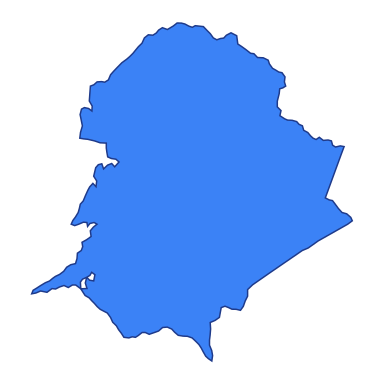 Jacinto Machado, Santa Catarina, Brazil (Equal Earth projection)
{"feature_id": "56859067B27526397401778", "entity_name": "Jacinto Machado", "entity_type": "district", "adm_level": 2, "iso_a3": "BRA", "parent_name": "Brazil", "parent_adm1": "Santa Catarina", "projection": "equal_earth", "projection_center": [-49.876, -29.0], "detail": "fine", "context": "isolated", "style": "filled", "palette": "blue", "viewbox_px": 384, "rotation_deg": 0, "n_neighbors": 0, "source": "geoboundaries", "source_scale": "gbopen_adm2", "svg_char_len": 3053}
<svg xmlns="http://www.w3.org/2000/svg" viewBox="0 0 384 384"><path d="M344.1,146.6L340.3,145.9L335.5,147.0L332.6,145.2L331.4,140.9L328.1,140.0L323.3,140.4L319.3,137.3L316.1,139.5L313.1,138.2L310.5,135.8L307.8,132.5L303.7,130.3L302.4,125.8L299.0,124.3L296.7,121.6L292.1,120.3L287.6,120.1L284.6,118.8L279.9,115.7L281.0,110.6L277.3,106.9L277.3,101.2L279.2,93.6L279.7,88.8L282.8,87.9L285.7,86.1L284.4,81.9L285.0,76.9L282.0,72.7L278.7,72.0L275.9,70.2L272.5,68.3L269.4,63.9L268.2,60.2L263.3,57.8L257.5,57.5L253.9,53.7L250.6,53.3L245.9,49.6L241.6,46.5L237.8,44.0L236.7,35.7L231.0,32.8L226.4,35.2L223.7,38.1L220.5,38.5L216.8,39.8L213.3,37.9L210.3,33.7L207.2,30.6L203.4,26.6L199.0,26.1L195.2,25.7L192.3,27.3L188.8,26.1L184.9,24.0L181.4,23.1L177.1,23.0L173.3,26.0L167.4,29.5L162.4,27.7L158.6,30.1L156.3,33.0L152.9,35.2L148.3,34.8L144.4,37.9L142.0,43.2L138.4,46.7L135.5,50.2L133.0,53.3L129.7,56.6L126.7,59.2L121.9,62.7L117.3,67.4L113.5,71.4L110.6,74.7L108.4,79.9L104.7,82.2L101.6,81.6L97.1,81.9L93.8,84.8L90.4,86.1L89.3,101.0L92.2,106.1L91.9,111.0L88.6,108.5L84.4,107.6L81.5,109.1L80.1,114.6L81.1,119.5L82.4,125.9L80.5,132.4L79.8,138.2L83.8,138.9L87.8,139.3L94.5,140.9L100.1,142.8L106.3,143.1L106.3,148.1L106.9,152.4L107.7,156.9L111.3,158.5L115.9,159.2L119.0,162.0L114.7,166.8L111.7,163.5L107.6,165.1L103.6,168.9L101.8,163.8L98.3,164.7L95.7,167.7L93.7,176.2L96.7,181.0L96.0,186.7L92.9,183.4L89.7,186.9L87.9,190.2L85.5,195.5L83.2,201.0L80.3,204.2L79.4,208.3L78.2,212.5L75.4,217.1L72.9,220.4L71.2,224.2L74.7,225.6L78.7,224.2L83.4,222.2L86.9,222.5L87.6,226.4L89.9,223.5L94.1,222.5L97.0,224.2L93.4,227.1L90.3,230.8L91.1,236.5L86.8,239.6L82.0,242.3L82.7,246.7L81.3,250.5L77.4,253.2L77.0,258.6L75.5,263.6L70.8,264.7L66.7,267.2L63.7,271.3L59.6,274.4L55.4,276.4L52.6,278.4L49.5,281.0L45.4,282.7L40.4,285.7L36.4,288.3L33.1,290.3L31.7,293.8L35.9,293.0L40.6,291.0L47.0,292.3L52.0,288.6L55.6,289.0L59.5,287.0L64.0,285.5L68.3,287.5L72.4,285.0L75.7,285.0L80.8,288.8L85.1,295.5L89.1,297.8L91.6,300.6L94.3,303.3L97.2,306.6L100.2,309.3L104.2,311.4L107.3,313.0L110.5,317.4L112.7,322.2L116.4,325.8L118.6,329.7L121.3,333.2L123.9,337.3L128.9,337.9L132.2,336.8L135.5,337.3L138.3,335.5L142.1,332.5L145.3,332.5L149.2,334.3L155.6,332.1L158.6,331.0L162.6,327.5L167.3,327.1L171.8,329.1L174.5,332.1L178.2,335.3L183.0,336.1L187.5,336.3L192.1,337.9L195.1,340.7L198.9,344.5L201.2,348.0L203.2,351.8L205.7,356.2L208.3,358.6L211.8,361.0L212.6,355.6L211.7,350.5L209.5,345.2L209.5,340.1L210.1,335.2L210.6,329.0L210.2,322.5L215.1,320.4L219.4,317.4L220.2,313.0L221.2,307.6L225.0,306.2L228.6,307.6L231.9,309.2L236.2,309.3L240.5,310.3L243.3,306.4L245.2,301.0L247.6,296.2L247.6,289.6L252.6,284.8L269.4,273.1L302.3,250.5L308.2,248.0L318.2,240.9L347.7,224.2L352.3,220.8L350.8,217.4L346.7,213.8L342.0,212.5L338.4,208.5L334.8,203.6L332.5,200.6L329.2,199.9L325.3,197.9L341.3,154.1L344.1,146.6ZM80.8,288.8L80.4,282.1L82.5,279.2L86.7,277.3L85.3,283.0L87.0,288.5L80.8,288.8ZM86.7,277.3L89.9,275.4L91.7,272.3L94.9,274.7L93.7,280.9L89.6,280.2L86.7,277.3Z" fill="#3b82f6" stroke="#1e3a8a" stroke-width="1.5"/></svg>